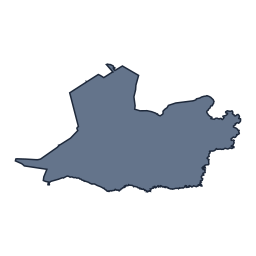 Smiltene, Smiltenes, Latvia (Natural Earth projection)
{"feature_id": "27541924B48400059741255", "entity_name": "Smiltene", "entity_type": "district", "adm_level": 2, "iso_a3": "LVA", "parent_name": "Latvia", "parent_adm1": "Smiltenes", "projection": "natural_earth1", "projection_center": [25.912, 57.423], "detail": "fine", "context": "isolated", "style": "filled", "palette": "slate", "viewbox_px": 256, "rotation_deg": 0, "n_neighbors": 0, "source": "geoboundaries", "source_scale": "gbopen_adm2", "svg_char_len": 5986}
<svg xmlns="http://www.w3.org/2000/svg" viewBox="0 0 256 256"><path d="M103.2,188.3L103.8,188.5L104.1,188.3L104.8,189.3L106.4,190.3L106.4,190.5L106.9,191.0L107.3,191.2L107.7,191.1L108.3,191.4L108.8,191.4L108.6,191.0L109.0,190.9L110.0,191.0L110.9,190.6L111.8,191.0L112.2,190.6L114.2,190.4L114.6,190.3L114.5,190.0L115.2,189.3L116.1,189.7L116.4,190.1L118.1,190.1L118.1,190.3L119.2,190.9L119.4,190.7L119.4,190.3L120.7,189.7L120.8,189.2L122.0,188.6L122.5,187.9L124.2,187.5L125.1,187.0L125.2,186.8L124.1,186.7L124.3,186.3L124.8,186.3L125.0,185.8L126.4,185.3L126.7,185.5L126.7,185.8L128.3,185.5L128.6,184.7L129.4,185.2L132.3,185.4L133.4,186.2L133.6,186.7L134.3,186.4L135.1,186.5L137.2,187.0L137.6,187.6L139.4,188.0L139.4,188.5L139.7,188.8L140.6,188.4L141.0,188.6L140.7,188.9L140.8,189.0L141.3,188.9L141.7,189.2L142.5,189.3L143.3,189.1L143.3,189.3L144.5,189.7L144.6,190.3L144.7,190.5L145.5,190.2L145.8,190.5L145.6,190.6L145.8,190.7L146.7,190.9L146.5,191.7L147.2,191.6L147.7,191.9L148.1,191.4L148.7,191.2L149.3,191.1L149.8,191.2L149.5,190.8L149.5,190.6L150.6,190.6L150.6,189.5L150.4,188.9L151.3,189.0L151.9,188.4L153.2,188.2L153.1,187.2L154.2,187.3L154.3,187.2L154.1,186.8L154.3,186.4L154.9,186.4L155.1,187.7L155.7,187.8L156.0,187.6L155.8,187.2L157.7,186.5L158.0,186.2L157.9,185.8L158.1,185.7L158.8,186.4L158.4,186.5L158.7,187.0L159.1,186.7L159.4,186.3L160.3,186.7L160.5,185.7L161.3,185.9L161.8,186.6L162.7,186.5L163.0,187.1L164.0,186.7L164.5,186.8L164.6,187.3L165.2,187.6L165.4,187.5L165.4,186.9L165.7,186.7L167.5,187.4L167.4,187.8L167.7,187.9L168.4,187.8L168.6,188.3L170.5,188.9L171.6,188.9L172.3,189.2L172.8,188.9L173.7,189.0L175.3,188.4L178.1,188.3L178.5,188.8L179.6,187.8L180.0,188.2L181.1,187.9L181.8,188.0L182.3,187.7L182.7,188.0L183.4,188.0L184.6,187.0L184.8,186.3L185.4,185.6L186.1,185.7L186.0,186.2L186.2,186.5L186.7,186.4L186.9,186.7L186.2,187.0L186.2,187.4L187.2,187.4L187.6,187.2L188.9,187.2L189.1,187.0L188.5,186.5L188.7,186.1L189.6,185.6L190.7,186.4L191.4,186.5L191.8,187.0L192.5,186.8L193.6,185.8L196.3,186.7L196.6,186.3L197.3,186.3L198.0,185.7L198.6,185.8L198.8,185.6L198.2,185.0L198.4,184.8L200.7,185.5L201.0,186.0L201.9,186.0L201.8,185.3L200.8,184.1L200.0,183.8L200.4,183.3L200.1,182.9L200.3,182.6L200.9,182.5L201.3,182.1L200.5,181.5L200.4,181.0L201.1,180.5L202.2,180.3L202.6,179.3L202.6,178.5L201.6,178.1L201.3,176.7L201.8,176.2L202.1,175.3L202.5,175.1L203.5,175.2L203.8,175.0L203.2,174.1L203.3,173.8L203.0,173.7L202.9,173.4L203.2,173.1L205.0,172.6L205.2,172.3L204.8,170.8L205.3,170.0L205.0,169.7L203.1,169.5L202.9,169.1L203.4,168.6L203.5,168.1L202.3,168.3L202.1,167.9L202.7,167.6L202.9,166.9L203.3,166.7L203.6,166.7L204.9,168.1L205.4,168.0L205.1,167.0L204.4,166.4L204.3,165.8L205.0,165.3L206.0,164.9L208.3,164.7L208.8,164.1L208.9,163.9L208.7,162.7L208.7,161.0L208.5,160.3L209.0,159.8L209.0,159.5L207.8,158.9L207.1,158.2L207.6,157.3L209.1,156.5L209.2,156.3L208.8,155.6L209.0,154.2L209.2,153.6L209.9,153.1L210.1,152.7L210.0,152.3L209.5,151.5L209.6,151.2L209.9,151.1L210.5,151.2L211.6,151.0L212.7,151.1L214.0,150.8L215.6,149.8L216.2,148.7L216.5,148.6L217.2,149.3L220.5,149.1L221.4,149.4L222.2,149.2L223.1,149.4L225.0,148.3L227.9,149.0L229.9,148.0L231.9,148.5L232.9,147.8L233.9,147.6L234.0,146.9L233.8,146.7L231.6,146.5L231.2,146.2L231.5,145.7L233.0,145.2L233.2,144.9L233.5,143.8L233.9,143.3L234.1,142.7L233.7,141.7L234.2,140.5L233.7,140.1L233.3,140.0L231.8,140.4L231.3,140.3L231.1,138.9L233.3,137.1L234.7,137.5L235.6,137.1L236.0,136.4L237.0,135.3L236.8,134.6L237.9,134.5L238.9,134.0L239.3,133.3L239.2,132.9L238.6,132.0L239.1,130.5L238.9,130.3L238.6,130.4L237.7,130.0L237.5,129.3L236.2,128.2L233.5,127.1L233.5,126.0L235.5,124.7L235.5,124.3L235.2,123.9L235.4,123.6L236.2,123.4L236.8,122.8L237.1,122.7L238.7,123.2L239.9,122.0L240.5,121.1L240.6,119.3L240.5,118.8L238.8,118.5L238.7,118.3L239.4,117.0L239.4,116.3L239.0,115.5L238.1,114.5L237.2,114.6L235.8,115.7L235.1,115.9L234.4,115.7L234.1,114.9L232.7,114.0L232.4,113.5L232.8,112.9L232.7,111.8L232.1,110.9L231.7,110.9L230.6,111.3L229.2,111.2L227.3,110.8L225.8,111.7L225.6,112.1L226.0,113.0L227.5,113.3L227.5,113.9L226.6,114.9L225.2,115.7L223.0,116.1L222.9,116.5L224.0,117.7L222.5,119.5L221.9,119.4L221.2,118.5L220.7,118.4L220.0,118.5L219.4,118.9L218.2,118.7L217.3,118.2L216.0,118.2L215.3,118.5L214.3,119.3L211.0,118.6L211.9,117.3L210.0,116.4L208.4,115.0L206.8,112.4L206.7,111.8L206.9,111.2L207.9,110.2L208.3,110.1L208.4,109.6L208.8,108.9L209.9,108.1L210.7,106.2L210.9,105.9L212.3,105.7L212.5,105.4L212.5,104.4L213.1,104.1L213.5,103.5L213.7,102.1L214.0,101.6L213.2,99.7L210.7,97.3L208.6,96.2L208.1,96.2L207.7,95.9L206.8,95.7L205.9,96.1L204.0,96.3L201.6,97.0L199.6,98.1L196.6,98.8L196.2,99.1L196.1,99.6L195.8,99.8L194.2,100.5L192.6,100.9L175.7,103.0L168.4,105.4L167.1,107.7L164.9,109.2L163.0,111.2L163.1,113.1L162.7,114.2L160.2,115.8L158.3,115.2L157.5,113.9L156.7,114.1L155.8,113.2L151.7,111.7L147.0,110.7L140.0,110.8L134.7,109.2L135.1,105.8L133.9,96.8L135.6,89.8L135.9,85.2L138.6,75.4L122.4,66.0L114.9,70.5L114.1,69.8L113.8,69.3L113.9,69.1L114.7,68.3L114.9,67.9L114.8,67.7L113.4,67.9L113.6,66.8L113.4,66.3L113.1,65.9L110.5,64.6L108.3,64.4L107.7,64.1L106.4,64.5L112.9,72.0L111.9,72.4L103.8,77.6L100.4,75.5L98.3,74.5L87.1,81.6L86.6,81.5L86.8,81.8L69.7,92.8L78.3,126.1L78.4,126.6L77.2,127.5L76.9,128.4L77.8,130.6L70.5,138.2L60.4,144.6L58.7,145.2L59.0,145.6L57.2,147.4L40.5,159.1L37.8,159.7L36.2,159.7L25.8,159.1L16.8,158.8L15.8,159.0L15.4,160.9L21.6,163.6L23.4,165.0L24.3,165.9L46.9,169.3L43.8,176.9L43.3,180.5L45.5,181.4L48.4,182.0L47.9,184.7L49.1,184.9L49.4,184.7L49.2,183.7L49.2,182.9L49.8,182.2L50.8,181.4L58.6,179.2L61.7,178.0L63.0,177.7L63.4,178.0L66.6,176.3L67.7,176.1L68.8,176.4L70.1,177.2L71.0,176.9L72.3,177.0L73.2,177.5L74.1,177.7L75.4,177.5L76.7,178.1L78.3,178.0L79.4,178.4L79.8,179.0L81.0,179.1L81.8,180.0L83.3,180.4L83.6,180.8L84.0,180.6L84.7,181.3L85.3,181.2L88.5,182.3L90.1,183.3L92.0,184.1L92.2,183.9L94.6,184.0L97.1,185.4L100.3,186.6L102.9,187.9L103.2,188.3Z" fill="#64748b" stroke="#1e293b" stroke-width="1.5"/></svg>